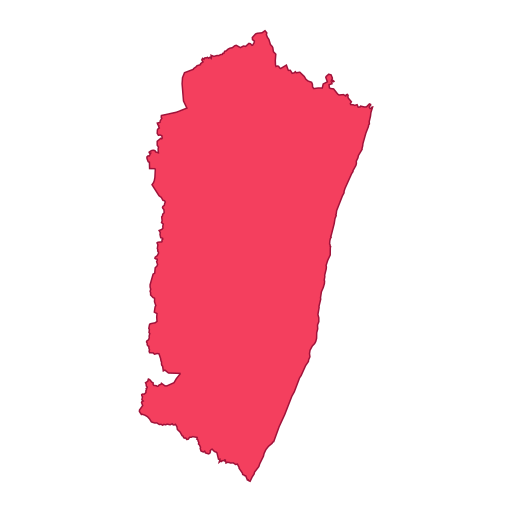 the district of Vangaindrano, Atsimo-Atsinanana, Madagascar
{"feature_id": "10022922B74242760889111", "entity_name": "Vangaindrano", "entity_type": "district", "adm_level": 2, "iso_a3": "MDG", "parent_name": "Madagascar", "parent_adm1": "Atsimo-Atsinanana", "projection": "mercator", "projection_center": [47.342, -23.586], "detail": "fine", "context": "isolated", "style": "filled", "palette": "rose", "viewbox_px": 512, "rotation_deg": 0, "n_neighbors": 0, "source": "geoboundaries", "source_scale": "gbopen_adm2", "svg_char_len": 6018}
<svg xmlns="http://www.w3.org/2000/svg" viewBox="0 0 512 512"><path d="M265.0,30.7L262.0,32.8L257.2,33.3L255.6,33.9L252.3,37.5L252.5,39.7L254.4,41.0L254.1,42.8L252.6,45.2L251.9,45.3L250.4,43.7L248.9,43.4L245.6,46.4L243.5,46.0L240.4,47.6L236.2,45.3L234.7,45.8L232.3,47.7L229.9,48.2L228.1,49.1L226.0,51.0L224.6,51.3L224.0,53.1L222.7,53.4L222.4,54.4L220.6,54.6L218.8,55.6L217.0,55.5L213.9,56.4L211.1,55.3L211.5,57.3L211.2,58.4L210.1,57.2L208.6,58.2L207.4,57.3L206.4,57.9L205.1,57.8L204.4,58.2L203.9,59.3L202.6,58.4L201.8,59.9L203.0,61.9L200.6,63.6L200.5,64.7L197.0,65.7L196.1,66.8L193.6,68.6L193.4,69.3L184.5,72.7L182.5,77.7L182.1,83.8L183.5,101.0L186.9,108.1L176.5,112.2L161.4,115.5L161.2,117.2L161.8,118.3L160.3,120.7L160.0,122.4L157.3,123.1L157.9,124.9L158.8,125.6L158.6,126.5L159.3,127.9L157.9,129.0L157.4,129.9L157.2,133.3L158.4,135.3L160.2,135.0L161.8,135.7L162.2,137.9L162.0,138.6L161.6,138.8L160.8,138.3L157.2,141.3L157.2,145.2L158.5,147.1L158.1,149.0L158.4,152.8L155.6,151.9L155.1,150.8L154.6,150.5L153.2,150.2L151.4,150.6L149.1,152.2L149.5,153.1L150.7,153.2L149.3,155.9L148.0,155.9L146.9,157.0L147.0,158.6L148.1,161.5L148.4,161.9L149.4,162.2L149.6,168.6L154.8,168.7L155.3,169.3L154.9,177.4L154.3,180.6L153.5,182.6L152.0,184.7L159.0,195.7L161.3,197.4L163.0,200.4L164.5,200.7L165.3,202.1L164.7,203.3L164.3,205.4L162.9,206.4L162.5,207.3L162.8,208.3L163.9,209.6L164.2,212.7L162.7,214.2L162.5,215.9L161.7,216.8L162.1,220.9L161.5,222.6L163.3,224.1L162.8,226.1L162.9,228.2L161.8,229.4L159.1,230.5L160.3,232.6L160.0,234.4L160.7,237.7L162.6,238.3L162.8,239.1L161.9,240.0L162.1,241.2L161.7,241.9L158.0,242.2L157.0,242.9L157.9,244.8L157.3,248.6L157.8,249.5L157.7,251.1L158.4,252.0L158.5,253.2L157.3,255.6L155.2,257.2L154.9,258.3L155.7,258.9L157.2,259.2L157.3,260.3L156.6,261.6L157.6,264.6L157.0,266.0L155.2,267.8L154.7,273.2L153.1,274.1L150.1,284.7L150.1,287.0L150.7,289.2L150.1,291.3L150.6,292.7L150.6,295.0L153.2,297.7L154.5,298.1L154.6,298.6L154.5,301.8L155.8,305.6L155.1,306.9L154.3,312.1L157.0,313.6L156.7,317.0L157.0,321.4L155.1,322.8L151.0,323.6L149.9,324.0L149.5,324.7L148.8,328.5L149.4,329.6L149.0,332.6L149.8,333.5L149.1,336.1L149.3,337.5L148.6,339.7L146.9,340.9L146.5,341.9L147.2,343.2L147.2,344.8L147.9,345.9L148.8,346.3L148.9,348.2L149.5,349.8L149.1,351.2L149.6,352.7L153.1,352.9L154.5,354.2L157.1,353.5L159.0,353.8L160.6,358.5L161.0,361.0L161.5,361.8L161.5,364.1L161.9,365.5L162.6,366.2L163.3,370.9L164.9,370.1L168.5,373.0L180.0,373.4L180.1,374.0L176.4,378.6L174.0,382.7L166.9,385.9L165.0,385.9L161.4,383.3L161.0,384.3L159.1,385.0L158.1,386.2L157.2,386.4L156.3,385.7L153.8,385.4L153.2,384.6L153.1,382.8L151.6,382.0L150.3,380.2L148.6,379.0L148.3,379.1L147.8,381.2L145.5,382.8L146.1,383.9L146.3,386.0L147.3,387.2L147.1,387.9L146.2,388.5L146.5,389.8L145.9,390.7L145.9,392.6L144.3,394.1L142.4,394.1L141.7,394.6L141.8,395.8L142.5,396.7L141.9,399.7L143.2,401.0L141.8,401.8L141.5,402.5L142.7,405.5L139.5,410.0L139.4,411.5L141.3,414.4L141.6,414.1L144.8,415.1L147.5,416.7L149.6,419.0L151.3,421.8L152.1,422.2L154.8,423.0L156.8,422.9L159.3,424.5L161.0,424.3L162.7,425.2L163.8,424.4L165.7,424.8L167.1,424.1L170.1,424.8L172.2,423.8L173.2,424.9L174.1,425.0L175.4,424.3L176.9,426.6L177.4,429.5L180.1,432.1L182.1,435.7L183.0,436.1L183.7,437.7L184.4,438.1L185.7,438.0L186.8,439.5L188.2,439.2L189.6,437.3L191.5,437.2L192.7,436.6L197.1,437.4L197.3,438.0L196.8,439.1L197.9,439.9L198.2,441.5L198.8,442.3L198.5,444.0L199.3,444.7L200.5,447.2L200.2,448.5L201.0,451.0L203.3,452.0L204.7,451.2L205.4,452.9L208.6,453.9L209.7,453.3L210.4,451.8L210.1,450.9L211.4,449.4L212.3,449.2L213.5,450.7L215.2,451.9L216.2,452.1L217.0,453.0L218.5,459.2L220.0,459.2L219.2,462.2L220.7,461.1L221.6,461.5L222.1,460.7L223.8,460.6L224.8,459.8L225.4,460.1L225.1,461.4L225.9,461.8L226.0,463.0L227.6,462.3L229.7,462.6L230.2,463.0L233.3,462.9L235.6,464.5L237.4,464.1L239.1,467.5L239.1,468.3L242.4,473.1L242.7,474.5L243.9,474.9L244.4,475.6L245.7,475.8L247.4,480.0L248.2,479.8L248.6,480.6L250.1,481.3L252.2,476.9L254.1,474.0L254.5,472.2L258.8,466.6L259.7,463.8L263.4,456.3L264.1,453.4L265.9,449.6L268.5,446.3L272.1,443.3L272.5,442.3L273.7,441.7L279.2,426.5L284.7,414.6L291.9,396.1L294.3,391.8L299.6,377.8L301.1,375.6L305.6,365.6L308.4,361.5L308.6,359.9L309.9,356.8L309.5,353.6L310.0,350.3L312.3,346.0L314.6,343.6L315.7,341.6L316.6,338.3L316.7,332.7L317.7,328.9L317.5,325.0L318.8,321.7L318.8,317.8L317.9,314.5L319.1,307.7L319.0,306.2L320.7,299.2L320.5,297.8L321.4,291.8L323.3,287.4L324.4,283.6L324.6,281.0L324.2,280.2L324.8,276.8L324.7,275.1L326.2,269.0L326.4,267.0L326.1,265.4L327.7,260.4L330.2,255.0L330.3,247.9L330.6,246.5L330.1,246.2L330.1,244.9L329.6,244.1L329.8,240.9L330.3,238.7L331.2,237.1L330.7,236.4L331.3,235.0L334.2,223.6L335.0,218.5L336.2,215.6L335.8,214.7L336.2,214.1L336.6,210.7L342.4,195.9L344.0,192.9L344.1,191.2L345.0,188.4L351.7,173.5L353.0,171.6L352.9,170.8L355.9,165.4L356.4,163.5L356.3,161.1L357.9,157.9L358.4,155.5L362.1,149.3L362.0,148.6L362.7,145.9L362.9,143.7L365.9,133.0L368.4,126.6L368.6,125.0L369.4,123.9L369.2,121.7L370.5,116.1L370.9,112.6L372.6,107.0L372.0,107.1L370.9,108.5L370.0,108.5L369.2,107.0L370.7,105.0L370.6,104.4L369.4,103.9L366.4,106.9L364.4,107.0L360.6,106.1L360.3,106.8L358.5,107.2L358.1,107.1L357.1,104.7L354.7,105.4L353.3,104.8L350.7,104.6L350.3,103.5L351.4,101.8L348.2,98.0L347.9,96.6L348.1,95.4L347.4,94.4L346.3,94.7L345.9,95.9L345.6,96.0L343.5,94.6L339.0,95.0L337.7,94.1L333.6,88.9L330.6,88.5L329.4,87.8L329.0,84.8L332.0,83.7L331.7,82.3L332.6,81.4L333.6,81.7L334.0,81.3L332.1,79.7L331.7,80.0L332.4,78.1L331.1,74.9L328.7,74.2L326.1,76.5L325.8,77.5L327.4,81.8L323.2,84.0L322.3,88.0L318.2,88.0L313.8,88.6L312.6,87.0L312.4,84.2L311.6,82.3L308.0,81.0L305.9,79.3L304.3,76.5L299.8,72.2L296.2,72.8L295.3,71.7L294.1,72.9L292.2,73.3L290.3,70.3L288.5,70.4L288.1,69.9L286.4,65.1L280.7,68.5L280.0,68.2L278.5,66.3L277.3,66.0L276.0,66.5L275.5,64.9L275.3,60.5L275.8,54.2L273.4,51.7L272.8,47.7L272.2,46.5L270.4,44.5L268.9,39.5L267.4,37.3L266.4,34.7L266.8,32.9L265.0,30.7Z" fill="#f43f5e" stroke="#9f1239" stroke-width="1.5"/></svg>